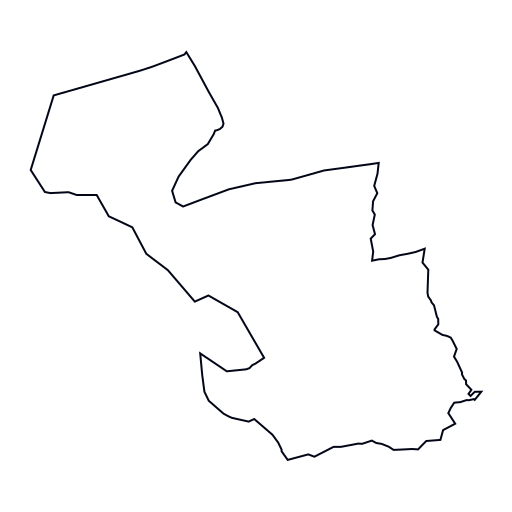 outline of Logo, Benue, Nigeria
{"feature_id": "59680162B24857715869577", "entity_name": "Logo", "entity_type": "district", "adm_level": 2, "iso_a3": "NGA", "parent_name": "Nigeria", "parent_adm1": "Benue", "projection": "albers", "projection_center": [9.31, 7.724], "detail": "fine", "context": "isolated", "style": "outline", "palette": "ink", "viewbox_px": 512, "rotation_deg": 0, "n_neighbors": 0, "source": "geoboundaries", "source_scale": "gbopen_adm2", "svg_char_len": 1900}
<svg xmlns="http://www.w3.org/2000/svg" viewBox="0 0 512 512"><path d="M220.4,114.1L218.2,108.7L217.7,107.6L208.8,92.0L195.0,66.3L186.3,52.1L184.4,54.5L178.2,56.9L152.3,66.7L140.3,70.6L53.7,95.4L30.7,170.0L44.9,192.0L50.4,193.1L68.5,192.2L76.7,195.0L96.7,195.0L108.8,216.3L132.3,227.3L146.3,253.8L167.9,270.2L194.8,301.6L208.4,295.5L237.7,312.2L264.1,357.8L255.6,363.5L252.2,365.2L249.5,368.1L246.3,369.3L238.6,370.1L226.8,371.3L200.2,353.4L202.2,374.8L204.4,391.7L208.8,400.8L223.6,413.7L229.4,416.8L232.1,417.9L248.7,421.6L254.2,419.0L272.5,434.8L278.2,442.6L281.6,449.7L281.6,451.3L287.7,459.9L308.3,454.4L314.4,456.7L333.5,446.9L340.7,446.9L354.0,444.4L358.2,443.6L362.2,443.8L371.8,440.6L376.3,443.0L381.7,443.9L388.7,446.7L393.6,449.9L400.4,449.6L412.1,449.0L418.1,449.4L419.9,447.5L423.0,444.3L426.3,441.0L440.4,439.9L443.1,430.1L455.2,423.7L448.3,413.1L450.7,408.1L454.2,402.7L460.4,402.1L466.5,400.1L469.0,400.2L473.8,399.1L474.7,399.9L481.3,391.7L474.7,391.8L470.5,396.0L468.5,393.9L471.4,389.8L466.1,384.2L466.0,380.5L464.3,379.0L461.9,374.2L462.1,372.6L457.2,361.9L454.0,356.6L456.7,349.0L452.5,340.5L450.8,337.7L448.4,336.5L446.5,335.8L442.4,334.9L434.6,330.4L434.5,329.5L438.3,324.3L438.2,319.0L436.9,316.8L434.0,305.3L431.6,302.5L430.9,300.4L428.2,296.6L427.7,293.8L427.5,293.0L427.9,280.9L428.3,269.7L422.5,262.6L424.7,248.7L415.6,252.0L407.6,253.8L399.3,255.3L390.9,257.9L385.1,259.0L378.9,259.3L372.1,260.7L373.2,251.5L370.7,238.6L375.0,234.2L372.6,225.1L374.8,214.5L372.4,210.5L373.1,201.2L377.3,193.2L374.2,185.9L377.5,173.7L378.7,162.9L372.2,163.9L323.9,170.5L291.7,179.6L288.5,180.0L255.5,183.2L228.9,189.3L216.9,193.8L203.2,198.9L183.1,206.5L175.6,202.4L172.1,190.8L178.6,176.6L190.7,159.8L198.2,151.2L207.4,144.4L207.8,144.1L213.8,134.0L215.1,130.6L217.0,130.2L219.8,129.1L222.5,126.7L223.5,123.6L221.8,117.3L220.4,114.1Z" fill="none" stroke="#020617" stroke-width="2"/></svg>